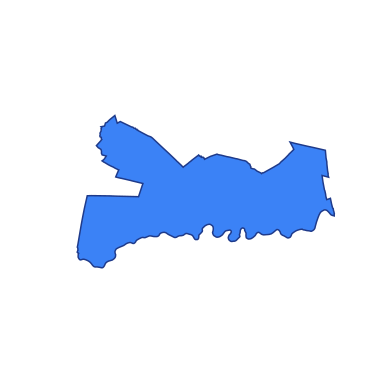 the district of Gavojdia, Timis, Romania, rotated 141°
{"feature_id": "2599482B38045497727994", "entity_name": "Gavojdia", "entity_type": "district", "adm_level": 2, "iso_a3": "ROU", "parent_name": "Romania", "parent_adm1": "Timis", "projection": "robinson", "projection_center": [22.005, 45.609], "detail": "fine", "context": "isolated", "style": "filled", "palette": "blue", "viewbox_px": 384, "rotation_deg": 141, "n_neighbors": 0, "source": "geoboundaries", "source_scale": "gbopen_adm2", "svg_char_len": 5978}
<svg xmlns="http://www.w3.org/2000/svg" viewBox="0 0 384 384"><g transform="rotate(141 192 192)"><path d="M178.6,122.2L178.2,120.8L177.7,119.9L176.4,119.0L175.2,118.5L173.2,118.3L172.3,118.3L170.4,118.4L169.7,118.6L167.9,119.3L166.5,119.2L166.0,119.0L165.4,118.5L165.2,117.9L165.0,117.3L164.8,116.4L164.5,115.3L164.0,114.5L163.3,113.6L160.1,111.4L158.6,110.4L157.6,110.0L156.7,109.6L154.5,109.4L150.7,109.5L149.6,109.4L149.3,109.1L148.6,108.1L148.5,107.4L148.5,106.0L148.9,104.8L149.2,104.1L149.3,103.1L149.1,102.2L148.9,101.5L148.0,99.8L146.8,96.5L146.4,96.0L145.9,95.6L145.1,95.3L144.3,95.1L143.6,95.2L142.8,95.5L142.0,95.9L141.4,96.3L140.4,96.7L138.7,96.7L136.4,96.5L135.3,96.3L134.0,95.9L132.0,95.1L130.9,94.5L129.8,93.8L129.4,92.7L129.1,92.3L128.5,91.7L127.1,89.8L125.5,88.2L124.9,87.5L124.5,86.9L124.0,86.4L123.3,86.2L122.5,86.0L121.7,86.0L120.9,86.0L120.1,86.2L119.2,86.6L117.4,88.0L113.9,90.5L111.3,92.1L110.2,92.8L107.5,94.3L105.3,95.2L104.6,95.3L103.7,95.4L101.2,95.0L100.5,94.8L99.8,94.4L98.8,92.9L98.5,91.2L98.4,89.5L98.4,87.8L98.3,86.8L98.1,86.3L97.6,85.4L96.5,83.9L96.1,84.4L95.8,84.8L95.2,85.4L95.3,85.5L94.9,85.9L94.2,87.2L93.6,88.7L93.2,89.5L92.9,89.8L92.7,90.2L92.7,90.6L92.7,90.9L92.8,91.0L92.5,91.7L91.1,94.8L88.4,100.0L90.0,100.5L92.1,101.3L90.6,104.6L89.7,106.0L89.4,106.5L88.0,109.3L87.7,110.4L83.9,117.4L82.1,120.4L80.5,123.0L76.5,117.5L76.1,118.5L75.7,119.4L74.7,120.5L73.3,123.1L70.6,127.3L69.2,129.4L68.3,130.5L66.4,134.1L62.1,140.5L69.6,150.1L73.4,154.8L81.4,165.0L84.4,169.1L85.5,163.3L86.1,161.0L91.2,160.5L92.2,160.5L93.4,160.2L98.4,159.6L103.0,159.4L103.2,159.5L106.3,159.0L113.2,160.0L122.4,161.6L124.3,161.9L124.6,162.1L125.3,162.6L126.3,162.5L126.3,162.8L127.1,164.8L128.2,167.0L129.0,170.4L129.2,170.8L129.8,171.4L131.0,173.1L131.1,173.3L131.1,173.7L131.1,173.9L130.4,174.5L130.2,175.6L130.1,175.9L130.1,176.1L129.9,176.3L129.8,176.5L129.6,177.3L129.6,177.5L130.0,178.1L130.3,180.0L130.4,181.2L130.8,182.3L131.6,183.5L132.6,184.5L136.1,189.4L136.4,189.8L136.7,190.0L140.8,195.4L142.7,197.6L146.2,202.3L147.7,204.0L148.6,205.3L148.7,205.7L155.3,208.1L161.5,209.5L161.2,209.9L161.2,210.1L161.6,210.5L161.3,211.1L161.2,211.3L161.5,212.0L162.2,212.4L162.1,212.5L162.7,212.8L163.0,213.2L162.9,213.7L162.4,213.8L162.3,214.0L162.5,214.3L163.2,214.6L163.4,215.0L163.6,215.2L163.6,215.4L163.4,215.8L163.6,216.3L163.6,216.6L164.9,216.5L165.1,216.6L168.6,216.7L172.8,216.8L173.0,216.7L175.7,216.8L176.5,216.7L181.0,216.8L181.6,216.9L183.3,216.8L183.6,220.2L183.9,222.1L184.1,224.0L184.3,224.5L184.5,227.0L185.7,236.4L187.3,247.6L188.8,258.9L189.3,260.8L190.9,263.4L193.7,269.9L195.4,274.1L195.2,274.4L195.7,275.0L195.4,275.4L195.7,275.7L196.1,276.1L195.9,277.2L196.9,277.9L197.2,279.7L197.9,280.3L203.4,291.9L206.8,292.5L203.8,300.0L209.7,300.0L211.5,299.9L213.9,299.6L214.6,299.7L215.8,300.1L218.4,298.3L221.7,300.0L221.7,298.9L222.1,298.8L222.3,298.6L222.5,298.4L222.9,298.4L223.0,298.2L223.0,297.8L223.8,297.2L224.3,296.6L226.2,295.8L226.8,295.2L227.1,294.6L227.4,294.2L228.1,293.8L228.4,293.5L228.6,293.0L228.7,292.5L228.3,292.0L228.1,291.5L228.2,291.3L228.6,290.9L229.0,290.4L229.1,289.6L229.5,289.7L230.1,289.3L237.1,288.2L237.0,285.5L236.0,282.6L236.0,282.4L236.2,281.7L236.8,280.5L238.0,279.1L238.1,278.8L238.2,278.3L238.5,277.4L236.0,273.9L236.5,273.7L239.6,272.8L240.4,272.7L242.3,272.8L241.9,271.4L241.6,270.4L241.3,269.9L240.8,268.5L239.8,265.7L238.5,262.8L237.5,260.9L236.7,258.7L236.0,257.3L235.3,255.7L235.0,255.3L239.6,252.9L241.8,251.7L241.0,250.5L239.0,247.9L238.3,247.1L232.3,239.4L231.9,238.8L224.8,229.5L236.5,222.0L253.2,236.2L258.1,240.5L272.5,252.5L275.8,255.0L285.8,247.1L292.9,241.2L298.4,236.5L314.1,222.7L315.9,221.3L315.9,220.7L316.1,220.3L316.3,219.9L316.8,219.3L317.1,218.6L317.3,218.6L319.1,217.5L318.8,216.3L318.7,215.7L319.4,215.6L319.8,214.9L320.7,214.0L321.5,213.0L321.8,211.8L321.9,210.7L321.8,210.0L321.4,209.4L320.6,209.0L319.3,208.5L318.4,207.9L317.4,206.5L316.6,205.0L315.9,203.5L315.4,201.5L315.3,199.7L315.4,197.6L315.3,196.5L315.0,195.4L314.2,194.5L312.9,193.5L311.2,191.6L310.2,190.3L309.6,189.7L308.9,189.4L308.0,189.4L306.5,189.8L304.8,190.7L303.6,191.1L302.6,191.2L300.6,190.9L296.8,189.3L295.5,189.2L294.2,189.2L293.0,189.5L292.1,190.0L290.8,191.3L290.3,192.7L289.5,194.1L287.8,195.1L287.2,195.3L286.3,195.4L283.7,194.9L280.4,193.9L278.6,193.4L275.6,193.2L274.0,192.8L271.9,191.8L271.1,190.7L270.3,189.2L269.6,188.6L268.4,188.5L267.3,188.7L266.2,189.2L264.8,189.3L262.8,189.0L260.2,188.4L259.5,188.1L258.7,187.6L258.1,186.8L257.3,186.1L255.4,185.5L253.6,185.0L252.4,184.5L251.5,183.6L249.9,181.6L248.2,180.1L247.1,179.3L246.0,179.0L245.3,179.0L244.5,179.2L243.7,179.6L242.8,179.7L241.8,179.6L241.1,179.4L239.9,178.8L239.0,178.2L238.0,176.9L237.6,175.8L237.4,174.8L236.7,173.0L235.9,171.4L234.3,167.8L233.4,167.0L232.4,166.6L230.7,166.4L229.1,165.8L228.0,164.9L226.9,164.3L226.0,163.9L223.1,163.7L222.1,163.0L221.3,161.9L220.8,161.0L219.8,159.8L219.2,158.6L219.0,157.7L219.1,156.6L219.4,154.7L219.5,153.7L219.2,152.8L218.3,152.1L217.6,151.6L216.8,151.6L215.9,152.0L215.0,152.8L214.3,153.7L213.6,154.2L210.6,154.5L209.0,154.8L208.4,155.2L207.9,155.9L207.4,156.8L206.7,157.2L203.6,157.5L202.6,157.4L200.9,157.1L199.4,156.4L198.4,155.7L197.8,154.4L197.4,152.9L197.5,151.9L198.1,150.7L198.7,149.9L199.8,148.8L201.6,147.5L202.1,146.3L202.4,145.3L202.4,144.2L201.5,141.7L200.7,140.9L199.5,140.2L198.3,139.8L196.3,139.6L195.2,139.6L191.3,140.6L190.1,140.5L189.4,140.2L188.5,139.7L186.5,138.6L186.2,138.0L186.1,137.5L186.3,136.8L186.5,136.3L187.1,135.9L188.6,135.4L190.2,135.2L191.5,134.5L192.7,133.6L193.1,132.6L193.4,131.8L193.3,130.7L193.1,129.8L192.7,128.9L191.6,128.1L190.6,127.6L189.9,127.0L188.7,126.6L187.6,126.6L185.1,126.9L183.8,127.0L182.9,127.2L182.5,127.8L182.1,128.9L180.8,129.7L179.8,130.5L179.0,131.4L178.2,132.0L177.0,132.5L175.5,132.4L175.1,132.0L174.5,131.1L174.5,129.9L175.2,129.1L175.9,126.0L177.3,124.4L178.2,123.1L178.6,122.2Z" fill="#3b82f6" stroke="#1e3a8a" stroke-width="1.5"/></g></svg>